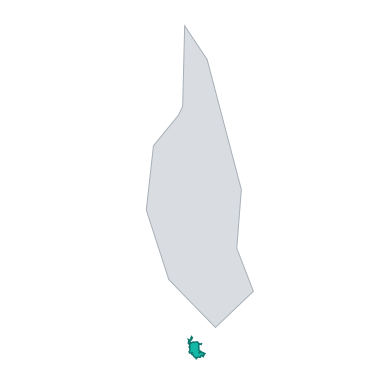 location of Ngermid, Koror, Palau, rotated 336°
{"feature_id": "81905179B43507284949030", "entity_name": "Ngermid", "entity_type": "district", "adm_level": 2, "iso_a3": "PLW", "parent_name": "Palau", "parent_adm1": "Koror", "projection": "albers", "projection_center": [134.502, 7.348], "detail": "fine", "context": "in_parent", "style": "filled", "palette": "teal", "viewbox_px": 384, "rotation_deg": 336, "n_neighbors": 0, "source": "geoboundaries", "source_scale": "gbopen_adm2", "svg_char_len": 4174}
<svg xmlns="http://www.w3.org/2000/svg" viewBox="0 0 384 384"><g transform="rotate(336 192 192)"><path d="M207.7,307.7L158.3,325.3L135.2,262.6L142.9,189.9L175.6,134.1L211.1,116.2L218.4,109.8L252.9,37.2L259.7,77.2L238.0,210.0L210.0,261.6L207.7,307.7Z" fill="#d9dde1" stroke="#a8b0b8" stroke-width="1"/><path d="M128.0,346.0L128.4,346.1L128.6,345.9L128.8,345.8L128.9,345.7L129.0,345.6L129.2,345.4L129.5,345.3L129.6,345.2L129.9,345.2L130.1,345.2L130.4,345.3L130.5,345.3L131.2,345.6L131.3,345.6L131.4,345.8L131.5,345.8L131.7,346.0L131.9,346.1L132.0,346.1L132.5,346.3L132.6,346.2L132.8,346.0L133.0,346.0L133.0,345.9L133.1,345.6L133.5,345.4L133.8,345.2L134.1,345.1L134.7,345.3L134.8,345.4L135.0,345.5L135.1,345.8L135.2,346.1L135.2,346.3L135.2,346.5L135.3,346.6L135.3,346.8L137.3,345.3L137.2,345.3L137.1,345.0L137.1,344.9L137.1,344.7L137.5,344.4L137.5,344.1L137.4,343.9L137.0,343.8L136.9,343.7L136.7,343.6L136.6,343.4L136.6,343.2L136.3,342.9L136.2,342.7L135.8,342.5L135.7,342.3L135.4,342.2L135.5,342.1L135.5,341.8L135.4,341.6L135.2,341.4L135.0,341.1L134.9,340.9L134.7,340.9L134.5,341.1L134.4,341.2L134.4,341.3L134.3,341.6L134.2,341.8L133.8,341.9L133.6,341.9L133.3,341.9L133.2,342.0L133.1,341.9L133.2,341.7L133.3,341.7L133.5,341.6L133.8,341.6L134.0,341.7L134.2,341.3L134.3,341.1L134.5,340.9L134.8,340.7L134.7,340.4L134.5,340.1L134.2,339.8L133.9,339.7L133.9,339.4L133.7,339.0L133.7,338.9L133.9,338.7L134.0,338.7L134.3,338.3L134.4,338.1L134.7,337.9L134.9,337.5L135.0,337.3L135.0,336.9L135.1,336.2L135.1,335.9L135.3,335.7L135.5,335.5L135.5,335.4L135.7,335.1L135.9,334.8L135.9,334.6L136.0,334.4L136.3,334.3L136.5,334.2L136.8,334.2L137.1,333.6L136.9,333.4L136.6,333.0L136.4,332.9L136.3,332.7L136.3,332.4L136.3,332.2L136.3,331.9L136.2,331.6L136.1,331.4L135.9,331.2L135.7,331.0L135.5,330.9L134.7,330.7L134.3,330.6L134.1,330.5L133.9,330.4L133.7,330.4L133.1,330.2L132.8,330.1L132.7,330.1L132.6,329.9L132.3,329.9L132.2,329.7L131.8,329.7L131.7,329.6L131.4,329.4L130.7,329.4L130.6,329.5L130.1,329.6L129.9,329.5L129.7,329.6L129.6,329.4L129.4,329.4L129.1,329.4L129.0,329.6L128.8,329.5L128.2,329.3L127.8,329.1L127.6,329.0L127.6,328.9L127.4,328.9L127.4,329.0L127.6,329.2L127.5,329.3L127.4,329.6L127.5,329.9L127.7,330.3L127.8,330.4L128.0,330.6L128.0,330.8L127.9,331.0L127.7,331.2L127.6,331.3L127.6,331.5L127.4,331.7L127.3,331.8L127.3,332.1L127.3,332.3L127.1,332.5L127.0,332.4L126.9,332.3L126.7,332.2L126.5,332.3L126.4,332.4L126.3,332.5L126.3,332.8L126.2,332.7L126.3,333.0L126.4,333.3L126.4,333.9L126.3,334.4L126.3,334.5L126.1,335.0L125.9,335.6L125.6,336.1L125.3,336.2L124.9,336.4L124.5,336.6L124.4,336.7L124.4,337.1L124.3,337.4L124.4,337.7L124.3,338.0L124.9,338.5L125.3,338.5L125.7,338.6L125.9,338.7L126.3,338.9L126.7,339.1L126.1,339.4L125.9,339.5L125.8,340.1L126.0,340.5L126.6,340.8L126.6,341.6L126.7,342.0L126.8,342.4L126.9,342.9L127.2,343.7L127.5,344.1L127.8,344.4L127.9,344.9L128.0,345.4L128.0,345.9L128.0,346.0ZM129.1,327.0L128.9,326.9L128.7,326.7L128.4,326.8L128.2,327.2L128.0,327.4L127.9,327.6L128.0,327.9L128.4,327.9L128.5,328.0L128.8,328.2L129.1,328.2L129.3,328.1L129.4,327.9L129.4,327.6L129.3,327.4L129.2,327.2L129.1,327.0ZM132.7,324.1L131.5,325.0L131.7,325.3L131.8,325.4L131.8,325.2L132.2,325.1L132.5,324.9L132.7,324.7L132.8,324.7L132.9,324.8L132.9,325.0L133.0,325.2L132.8,325.3L132.6,325.3L132.4,325.5L132.2,325.8L132.0,325.6L132.1,325.4L132.0,325.5L131.9,325.6L131.5,325.7L131.1,326.0L130.9,326.2L130.9,326.3L131.0,326.3L131.2,326.1L131.5,325.9L131.7,325.7L131.9,325.8L131.9,326.0L131.6,326.3L131.4,326.5L131.2,326.7L130.6,326.7L130.1,326.4L130.1,326.5L130.3,326.7L130.4,326.8L130.7,326.9L130.9,326.9L131.0,326.8L131.7,326.4L132.5,325.7L132.8,325.4L133.1,325.2L132.9,324.6L132.8,324.4L132.7,324.4L132.7,324.2L132.7,324.1ZM138.0,344.9L137.8,344.7L137.6,344.5L137.3,344.6L137.2,344.8L137.2,345.0L137.3,345.2L137.3,345.3L138.0,344.9ZM128.7,325.6L128.8,325.8L129.0,325.7L128.9,325.7L128.8,325.4L128.7,325.3L128.7,325.6L128.7,325.6ZM138.3,334.5L138.5,334.6L138.6,334.4L138.4,334.4L138.4,334.5L138.3,334.5ZM127.1,328.6L127.2,328.8L127.3,328.8L127.3,328.7L127.2,328.5L127.1,328.6ZM138.2,334.9L138.3,335.0L138.4,334.9L138.2,334.9Z" fill="#14b8a6" stroke="#0f766e" stroke-width="1.5"/></g></svg>